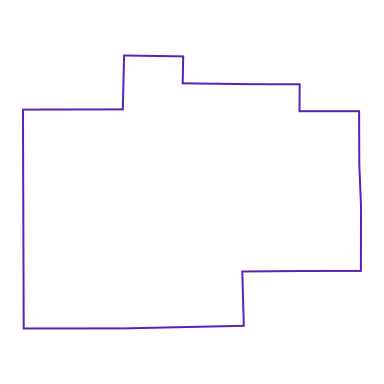 Saginaw, Michigan, United States of America
{"feature_id": "52423323B53952262882470", "entity_name": "Saginaw", "entity_type": "district", "adm_level": 2, "iso_a3": "USA", "parent_name": "United States of America", "parent_adm1": "Michigan", "projection": "robinson", "projection_center": [-83.982, 43.349], "detail": "fine", "context": "isolated", "style": "outline", "palette": "violet", "viewbox_px": 384, "rotation_deg": 0, "n_neighbors": 0, "source": "geoboundaries", "source_scale": "gbopen_adm2", "svg_char_len": 347}
<svg xmlns="http://www.w3.org/2000/svg" viewBox="0 0 384 384"><path d="M243.8,325.8L242.3,271.5L301.3,271.0L360.9,270.9L361.0,206.0L359.3,164.7L359.1,111.2L299.5,111.2L299.7,84.3L250.3,84.2L182.7,83.3L183.2,56.4L124.1,55.5L122.8,109.4L23.1,109.6L23.0,119.2L23.7,328.5L123.9,328.4L243.8,325.8Z" fill="none" stroke="#5b21b6" stroke-width="2"/></svg>